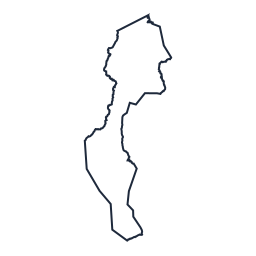 Copan Ruinas, Copán, Honduras (Equal Earth projection)
{"feature_id": "27666195B42868938000768", "entity_name": "Copan Ruinas", "entity_type": "district", "adm_level": 2, "iso_a3": "HND", "parent_name": "Honduras", "parent_adm1": "Copán", "projection": "equal_earth", "projection_center": [-89.106, 14.903], "detail": "fine", "context": "isolated", "style": "outline", "palette": "slate", "viewbox_px": 256, "rotation_deg": 0, "n_neighbors": 0, "source": "geoboundaries", "source_scale": "gbopen_adm2", "svg_char_len": 5571}
<svg xmlns="http://www.w3.org/2000/svg" viewBox="0 0 256 256"><path d="M136.7,168.6L133.7,163.6L133.3,163.7L132.6,163.5L132.3,163.1L131.8,162.8L131.7,162.1L131.4,162.1L130.7,161.0L130.6,160.9L130.3,161.1L129.9,161.4L129.6,161.2L129.4,161.0L129.3,160.9L128.9,160.6L129.0,160.1L128.2,160.4L127.6,160.4L127.8,159.8L128.2,159.4L128.4,159.1L128.7,158.0L129.4,156.9L128.8,156.1L128.3,155.2L127.7,153.2L127.5,152.7L127.2,152.5L126.7,152.4L126.5,152.2L126.0,151.4L125.0,151.1L124.2,150.7L123.7,150.3L123.5,149.9L123.3,149.3L122.8,147.2L122.8,146.6L122.4,145.2L122.4,144.5L122.4,143.8L122.0,142.8L122.0,142.1L122.2,141.3L122.4,140.3L122.2,139.2L122.2,138.8L122.4,138.3L123.0,137.0L122.9,136.6L122.4,135.7L122.1,135.1L121.8,133.9L121.7,133.0L121.8,132.3L121.7,131.2L121.6,130.3L121.4,129.5L121.3,128.9L121.8,128.0L121.9,127.4L122.0,126.4L122.1,125.7L122.3,125.3L122.4,124.8L122.2,123.8L122.1,123.1L122.2,121.1L122.4,117.2L122.7,116.3L123.1,115.5L124.5,114.4L125.7,113.6L126.8,112.9L129.8,102.8L135.9,104.5L144.9,93.2L157.2,93.3L160.4,93.9L160.7,93.1L161.2,92.9L161.8,92.2L162.4,91.9L162.7,91.3L163.2,91.2L163.3,90.9L163.5,90.8L163.8,90.9L164.0,90.4L164.8,89.6L165.1,89.2L165.2,87.5L164.8,86.4L164.5,85.8L164.5,85.4L164.5,85.2L164.4,85.1L164.1,85.0L164.0,84.9L163.9,84.2L163.7,83.1L163.7,82.4L163.8,82.0L163.8,81.7L163.7,81.7L163.4,81.5L163.3,81.4L163.4,81.0L163.3,80.7L163.1,80.7L162.8,80.8L162.6,80.6L162.4,79.9L162.1,79.3L161.9,77.7L161.7,77.7L161.6,77.8L161.7,78.1L161.2,77.9L160.9,77.4L160.9,76.9L161.2,76.5L161.4,76.6L161.6,76.9L161.8,76.8L161.8,76.1L161.5,75.2L161.6,74.5L161.5,74.0L161.3,73.7L160.9,73.7L160.4,73.4L160.3,72.0L159.8,71.8L159.3,71.5L159.4,71.4L159.6,71.3L159.7,71.2L159.7,70.5L158.8,69.5L159.0,68.1L159.2,67.7L159.0,67.2L159.2,66.8L159.3,66.4L159.3,65.3L159.4,64.7L159.7,64.4L159.8,64.2L159.7,64.0L159.5,63.8L159.5,63.5L159.7,63.3L159.8,63.3L159.8,63.5L161.5,61.7L162.0,62.0L162.7,62.2L162.8,62.1L162.9,61.8L163.0,61.8L163.5,61.9L163.9,61.9L164.8,61.6L165.2,61.6L165.8,61.8L165.9,61.7L165.9,61.4L165.8,61.1L166.2,60.7L166.6,60.6L166.9,59.8L167.4,59.6L168.0,59.2L168.7,59.2L169.2,58.9L169.8,59.2L170.1,59.2L170.2,58.8L170.4,58.5L170.7,58.1L171.1,57.9L171.2,57.5L163.8,45.5L159.8,26.6L152.6,23.9L152.8,22.9L152.8,22.6L152.7,22.4L152.3,22.4L152.3,22.6L152.3,23.0L152.1,23.1L151.9,23.1L151.8,22.7L151.3,22.8L150.9,22.5L150.8,22.2L151.0,21.9L150.9,21.6L150.7,21.5L150.4,21.5L150.3,21.8L150.2,21.9L149.9,21.7L149.7,21.7L149.4,22.2L149.2,22.1L149.1,21.9L148.3,22.3L147.9,22.4L147.7,22.3L147.8,22.0L147.9,21.5L148.1,21.4L148.3,21.5L148.5,21.4L148.7,20.8L149.5,20.0L149.6,19.7L149.4,19.0L149.0,18.0L148.7,16.7L148.3,17.1L148.0,17.6L147.7,17.7L147.5,17.1L147.5,16.3L147.6,15.8L147.8,15.4L117.3,30.9L117.7,31.6L117.9,32.3L117.9,32.6L117.9,33.0L117.4,34.3L117.2,34.8L117.1,35.4L117.2,35.7L117.6,35.8L117.8,36.0L117.9,36.4L117.8,36.8L117.3,37.7L117.4,38.0L117.6,38.2L116.8,40.4L116.4,40.9L115.3,42.1L114.8,43.5L114.6,43.7L114.4,44.0L114.1,44.7L113.5,45.6L113.1,46.6L112.5,47.4L112.3,47.5L110.9,48.0L110.5,48.2L109.0,48.0L108.2,49.2L108.0,49.7L107.9,50.0L108.2,50.2L108.5,50.6L108.1,52.4L108.4,52.7L108.8,53.2L108.9,53.3L108.8,53.5L109.2,53.8L110.1,54.0L110.4,54.2L110.4,54.6L109.6,55.9L109.1,55.8L108.8,55.9L108.6,56.1L108.5,56.5L108.4,57.7L107.8,58.5L107.7,59.4L107.5,59.6L107.4,59.8L107.3,60.5L107.1,60.7L106.8,60.7L106.6,60.9L106.4,61.8L106.4,62.4L106.2,63.6L106.3,64.3L106.2,64.9L105.8,65.6L105.8,66.1L105.6,66.5L104.8,67.6L104.6,68.0L104.3,68.2L104.2,68.5L104.2,69.0L104.1,69.3L104.0,70.0L104.5,70.8L106.2,71.4L106.1,72.3L106.3,72.8L106.3,73.6L106.2,74.2L106.1,74.6L106.6,75.1L106.9,75.2L107.0,75.5L107.6,75.5L107.8,75.8L108.1,75.7L108.4,75.8L108.8,75.7L109.4,76.1L109.5,76.5L109.9,76.7L109.9,77.3L109.7,77.7L109.8,78.0L110.4,78.3L110.6,78.9L111.2,79.1L111.7,78.8L112.3,80.0L112.7,79.5L113.0,79.7L113.7,79.8L114.0,80.7L115.6,81.3L115.9,81.9L116.1,82.8L116.4,83.3L116.0,83.8L115.8,84.5L115.4,84.8L114.9,85.8L114.8,87.1L113.8,86.9L113.0,88.9L113.1,90.1L113.5,90.5L113.9,90.6L113.6,91.5L113.4,93.1L113.5,94.1L112.8,94.7L112.9,95.2L112.7,95.7L112.7,96.5L113.2,97.3L112.5,98.5L112.6,100.4L112.3,101.0L112.0,101.6L111.8,103.1L111.8,104.4L110.6,104.9L110.0,104.8L109.5,105.4L109.1,105.3L108.8,105.7L108.4,105.6L108.1,106.1L107.9,108.0L108.3,109.0L108.6,109.4L109.2,109.9L109.6,110.4L109.6,110.6L109.4,110.7L109.3,110.8L109.3,111.3L109.5,112.1L109.2,112.8L109.0,113.9L108.8,114.3L107.8,114.8L107.3,116.2L106.9,116.4L106.3,116.6L106.0,117.0L105.9,117.5L106.2,117.9L106.0,119.1L106.6,120.1L105.3,120.8L105.3,122.3L105.6,123.0L105.5,123.7L105.0,124.3L104.3,126.3L103.8,126.5L102.9,127.8L101.9,128.4L101.1,128.4L100.4,129.4L99.0,129.3L98.2,129.1L98.0,129.4L97.2,129.2L96.7,129.4L96.0,129.0L95.7,129.0L94.9,129.9L94.3,131.5L93.7,131.8L92.9,133.4L92.4,134.0L92.2,134.5L91.6,134.7L90.4,136.1L89.0,136.6L88.5,136.3L88.1,136.8L86.4,138.2L85.9,139.2L85.5,140.2L84.8,140.7L86.7,168.9L99.6,190.9L110.7,204.0L112.3,229.7L127.2,240.6L127.8,240.2L128.1,239.5L128.3,239.4L128.7,239.3L129.2,239.1L129.5,239.2L129.7,238.9L130.0,238.9L130.1,238.7L130.6,238.7L131.1,238.4L131.6,238.5L132.0,238.1L132.6,237.9L133.8,237.1L134.1,237.1L134.6,236.9L135.0,237.1L135.4,236.8L135.9,236.7L136.1,236.3L137.0,236.0L137.2,235.8L137.3,235.7L138.2,235.2L138.9,235.0L139.5,234.5L139.8,234.5L140.1,234.7L140.7,234.8L141.0,234.9L141.4,234.7L141.9,234.8L142.1,234.6L142.0,234.4L141.9,234.3L141.9,234.0L141.7,233.8L141.7,233.5L141.8,232.7L142.1,232.0L142.1,231.5L142.0,230.9L141.7,229.8L140.4,227.3L133.3,216.7L133.1,210.4L127.5,204.5L128.9,191.1L136.7,168.6Z" fill="none" stroke="#1e293b" stroke-width="2"/></svg>